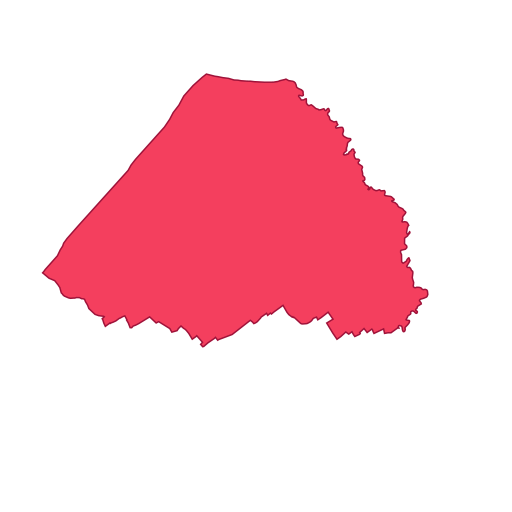 Palmar De Varela, Atlántico, Colombia (Robinson projection), rotated 222°
{"feature_id": "7082276B56269884010814", "entity_name": "Palmar De Varela", "entity_type": "district", "adm_level": 2, "iso_a3": "COL", "parent_name": "Colombia", "parent_adm1": "Atlántico", "projection": "robinson", "projection_center": [-74.784, 10.7], "detail": "fine", "context": "isolated", "style": "filled", "palette": "rose", "viewbox_px": 512, "rotation_deg": 222, "n_neighbors": 0, "source": "geoboundaries", "source_scale": "gbopen_adm2", "svg_char_len": 6143}
<svg xmlns="http://www.w3.org/2000/svg" viewBox="0 0 512 512"><g transform="rotate(222 256 256)"><path d="M403.3,100.7L394.9,101.0L389.1,103.0L383.8,102.1L380.7,101.3L376.0,98.3L374.9,98.3L373.0,97.9L371.6,98.0L367.4,99.4L365.6,100.4L363.2,102.9L362.5,103.5L361.7,104.9L359.6,106.7L359.2,107.0L357.0,107.6L355.8,108.6L354.4,109.1L352.2,108.0L348.3,106.8L345.0,105.1L336.6,104.9L333.0,106.4L329.4,108.9L328.7,109.3L328.1,109.3L328.3,106.4L327.7,106.4L324.2,104.3L320.9,102.9L319.7,108.5L319.2,108.4L318.7,109.8L318.0,111.0L316.7,114.0L315.9,118.1L315.4,119.0L314.4,121.9L313.4,123.7L309.4,122.3L309.3,121.8L306.1,120.8L301.6,118.5L300.4,119.5L300.4,121.8L299.2,124.0L297.9,127.4L294.3,139.6L285.4,139.4L284.4,142.1L271.5,144.4L267.6,143.1L264.7,147.7L265.1,150.2L264.9,153.8L261.5,153.8L259.9,154.1L258.1,154.1L254.2,153.5L247.7,151.5L246.7,156.1L246.7,157.1L238.0,156.1L238.0,153.3L234.9,152.9L234.3,153.8L233.6,159.4L232.3,164.7L231.8,166.8L231.7,168.4L228.1,167.8L227.9,168.8L221.2,181.7L217.2,204.4L214.4,204.6L212.4,204.3L211.6,206.0L211.1,208.0L211.1,213.0L211.3,214.2L209.8,220.5L207.6,219.7L207.1,223.2L205.7,223.2L205.2,226.6L202.9,237.4L195.3,234.9L192.4,234.4L188.1,234.8L188.0,235.5L186.7,235.5L186.5,235.9L177.7,235.8L176.9,236.0L175.9,236.7L173.6,239.1L172.9,239.9L172.2,241.6L171.6,243.5L171.4,245.2L171.7,247.8L171.3,248.9L170.1,251.1L167.4,249.9L166.4,253.7L164.8,262.5L156.5,260.6L158.6,253.5L147.4,250.1L140.1,248.3L139.1,252.8L138.4,259.6L134.8,260.0L134.0,263.9L130.9,262.8L128.7,262.3L126.6,267.2L126.8,268.3L127.8,268.5L127.2,274.4L122.2,273.5L121.0,279.2L119.8,279.0L118.5,278.2L116.5,277.4L112.4,287.2L108.7,284.5L106.5,287.3L104.3,289.3L102.6,297.2L102.7,297.4L101.6,298.0L103.1,298.9L103.3,299.5L103.1,300.2L101.4,301.1L100.7,301.2L99.6,300.7L98.0,299.3L97.4,298.9L96.3,298.4L95.8,298.4L95.4,298.8L95.2,299.5L95.4,300.3L96.2,301.6L97.1,302.1L97.4,302.8L97.3,306.6L97.5,308.9L98.2,310.2L98.5,310.5L99.0,310.6L101.0,309.3L101.6,309.0L102.0,309.2L102.5,311.8L102.9,312.5L103.0,313.2L102.3,316.2L102.4,316.7L103.4,317.7L103.7,318.2L103.4,319.2L102.8,320.0L102.3,320.3L101.2,320.5L99.3,320.4L98.7,320.5L98.3,320.9L98.2,321.4L98.6,322.4L99.1,322.7L99.8,322.7L101.0,322.5L101.4,323.0L101.6,323.7L101.4,324.9L102.2,326.5L102.2,327.1L101.1,331.0L102.1,331.7L104.5,332.1L104.9,332.5L104.9,333.9L103.1,336.8L101.9,339.4L101.8,340.2L102.1,341.2L102.6,342.4L105.2,344.7L106.3,345.0L106.8,344.9L108.0,344.4L109.1,343.0L109.7,342.7L110.3,342.5L111.8,342.7L112.4,342.6L113.9,341.8L115.7,340.2L116.2,339.2L117.2,338.5L118.4,338.5L119.3,339.2L120.1,340.5L121.2,341.9L124.0,343.5L125.4,344.5L128.1,348.4L129.1,349.3L129.6,349.5L130.6,349.3L132.8,350.2L133.9,350.3L134.4,350.2L135.5,349.0L136.6,348.9L137.1,349.2L138.3,354.9L138.5,355.5L138.8,355.9L139.6,356.0L140.8,356.9L141.2,356.9L141.4,356.5L141.4,354.4L140.9,353.2L140.9,352.5L141.6,349.8L141.7,349.3L142.4,349.0L143.6,349.1L144.2,349.5L148.8,354.4L150.7,355.2L151.9,356.5L152.1,356.9L152.0,357.4L149.5,361.0L149.5,363.0L149.9,363.7L151.0,364.4L153.0,364.4L153.9,364.6L157.5,368.7L156.8,372.3L157.0,373.3L157.1,376.1L157.4,376.5L157.8,376.8L158.1,376.8L157.7,374.5L157.9,373.7L158.5,373.5L159.9,374.3L162.0,377.6L162.8,379.2L163.1,380.4L163.0,381.0L165.2,381.8L166.6,382.0L168.5,381.0L169.4,379.8L170.2,379.2L170.7,379.4L171.4,381.3L172.1,382.1L172.7,382.5L173.3,383.6L173.5,387.6L173.9,388.7L174.5,388.9L176.7,388.8L178.0,389.2L179.4,389.0L182.4,388.0L183.0,388.0L183.6,388.0L185.1,388.6L186.2,388.8L186.6,388.7L188.1,388.7L191.0,387.6L191.6,387.5L192.0,387.9L191.0,389.7L191.0,390.2L191.4,390.6L195.0,390.6L196.0,390.2L199.9,387.6L201.0,387.2L201.5,387.6L202.8,389.9L204.0,390.5L204.4,390.5L206.4,388.3L206.9,388.0L208.4,387.9L208.8,387.5L209.7,385.8L210.2,385.2L210.8,384.7L213.2,384.0L214.4,384.0L216.1,384.3L216.7,384.2L217.0,383.5L216.3,381.8L216.5,380.7L217.4,380.5L217.9,382.0L218.3,382.6L219.0,382.8L220.4,382.6L222.5,382.1L224.4,383.0L226.2,383.0L226.8,383.3L226.7,383.8L226.3,384.3L226.1,384.8L226.2,385.5L226.6,386.0L227.6,386.9L228.1,387.1L229.6,387.1L230.8,387.4L232.2,388.9L235.4,391.1L236.2,393.2L236.6,393.5L237.4,393.7L240.9,393.2L241.7,393.2L242.4,393.6L242.8,394.2L242.9,395.9L243.1,396.4L243.6,396.5L244.5,396.5L246.7,394.9L247.4,394.9L249.0,395.4L250.9,396.8L251.2,397.2L251.5,397.9L251.5,398.6L251.8,399.4L252.9,399.4L253.4,399.6L254.5,400.5L255.1,400.6L255.6,400.4L256.1,399.2L255.8,397.8L256.3,395.2L255.7,394.2L255.7,393.4L255.9,392.9L256.6,392.8L256.7,391.6L257.7,390.5L258.3,390.0L259.0,390.1L259.5,391.5L259.2,394.7L259.4,395.2L260.1,395.3L260.3,396.2L261.0,396.5L261.5,398.0L262.4,399.6L263.1,400.4L263.7,401.8L263.7,402.2L263.2,405.3L263.4,405.9L263.9,406.3L264.3,406.4L264.7,406.2L266.2,405.1L267.5,404.5L270.3,403.8L271.3,403.8L272.5,404.1L273.4,404.8L274.6,407.4L275.5,408.3L277.2,409.3L277.8,409.3L278.2,409.2L279.8,407.6L281.9,404.8L282.5,404.7L283.2,405.2L283.3,405.9L283.0,408.3L284.8,408.9L285.7,409.6L286.3,409.7L286.6,409.4L287.6,408.0L288.0,407.7L291.4,406.8L292.4,406.9L292.9,407.2L294.7,408.4L297.2,408.9L297.8,409.4L298.4,410.8L298.2,412.3L298.5,413.0L300.4,414.1L300.9,414.1L301.3,413.5L301.4,412.8L301.3,411.1L301.7,410.5L302.4,410.4L303.6,410.9L304.3,410.6L305.7,408.1L306.9,406.7L307.8,406.7L310.3,405.6L313.5,405.6L316.0,405.4L316.4,404.9L316.9,403.7L317.4,403.1L318.1,402.9L319.6,403.0L321.0,403.5L323.4,406.1L323.9,406.4L324.6,405.4L324.9,404.2L325.2,403.7L326.8,402.2L328.2,402.7L331.0,403.1L331.5,403.5L331.6,404.2L331.2,404.6L329.9,405.1L328.9,405.8L328.6,406.2L328.4,407.0L328.9,407.7L329.8,408.3L330.7,409.4L331.7,409.9L333.5,409.9L336.4,408.9L338.4,408.6L339.0,408.8L340.7,410.0L342.7,410.9L344.3,410.9L345.5,410.5L349.1,408.2L352.1,407.5L352.5,406.7L355.4,402.5L356.4,400.5L359.4,396.8L366.0,390.8L373.9,384.4L376.9,382.3L379.8,379.8L384.3,376.3L387.0,374.6L390.1,372.1L395.3,369.6L399.9,366.4L404.6,363.6L406.8,362.1L414.6,358.0L415.5,352.9L416.8,340.6L416.7,326.6L414.2,316.4L413.5,307.2L411.6,299.8L410.3,290.5L410.2,247.3L409.7,240.0L408.3,234.1L408.3,160.1L408.1,142.5L407.5,136.8L406.3,134.0L405.6,129.7L403.7,123.3L403.6,104.9L403.3,102.3L403.3,100.7Z" fill="#f43f5e" stroke="#9f1239" stroke-width="1.5"/></g></svg>